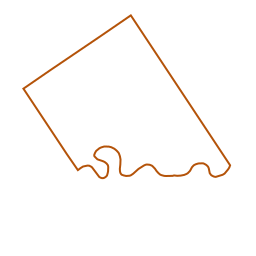 Buchanan, Missouri, United States of America, rotated 236°
{"feature_id": "52423323B327676514277", "entity_name": "Buchanan", "entity_type": "district", "adm_level": 2, "iso_a3": "USA", "parent_name": "United States of America", "parent_adm1": "Missouri", "projection": "natural_earth1", "projection_center": [-94.95, 39.676], "detail": "fine", "context": "isolated", "style": "outline", "palette": "amber", "viewbox_px": 256, "rotation_deg": 236, "n_neighbors": 0, "source": "geoboundaries", "source_scale": "gbopen_adm2", "svg_char_len": 1346}
<svg xmlns="http://www.w3.org/2000/svg" viewBox="0 0 256 256"><g transform="rotate(236 128 128)"><path d="M219.1,63.3L140.6,62.7L121.1,62.9L121.1,63.0L121.3,66.3L121.2,69.2L119.5,73.4L118.4,74.8L116.2,76.0L115.2,76.2L103.5,76.8L102.1,77.5L101.0,78.4L100.1,79.8L99.9,81.7L100.1,83.2L100.4,84.1L102.1,86.1L103.3,87.3L106.7,89.8L108.3,90.5L110.5,90.4L113.0,89.6L114.4,88.7L114.5,88.7L114.8,88.4L115.0,88.3L118.5,85.6L119.3,85.1L123.0,84.4L123.6,84.4L124.5,84.9L125.1,85.7L125.9,86.9L126.8,88.8L127.2,93.0L126.9,94.9L126.0,97.8L123.4,101.6L121.4,103.4L118.4,105.1L115.7,105.9L112.9,106.3L111.8,106.2L109.1,105.5L106.1,104.2L102.0,101.2L98.7,98.4L96.7,97.2L95.2,96.6L93.8,96.5L92.9,96.6L91.2,97.8L89.3,99.6L87.5,102.7L87.2,104.0L87.2,106.7L88.2,113.8L88.0,120.3L87.7,122.0L87.2,123.2L85.4,125.4L83.5,126.7L82.6,127.0L79.2,127.6L76.4,127.6L73.6,128.0L71.4,128.6L70.3,129.3L68.1,131.2L67.0,132.6L63.4,138.2L62.9,139.7L60.9,142.0L59.1,145.0L57.7,148.3L57.2,150.7L57.1,152.2L57.7,155.1L57.9,155.7L59.7,159.1L60.2,161.2L60.3,162.1L60.0,164.1L59.2,166.6L57.2,169.8L56.5,170.7L55.5,171.3L53.7,172.2L52.0,172.6L51.0,172.7L49.4,172.4L44.8,170.5L42.5,170.6L41.3,171.1L39.9,171.9L38.7,173.0L38.3,173.7L36.3,180.3L36.2,182.6L37.7,187.8L38.6,189.9L40.0,191.8L219.8,193.3L219.5,154.4L219.4,95.9L219.1,63.3Z" fill="none" stroke="#b45309" stroke-width="2"/></g></svg>